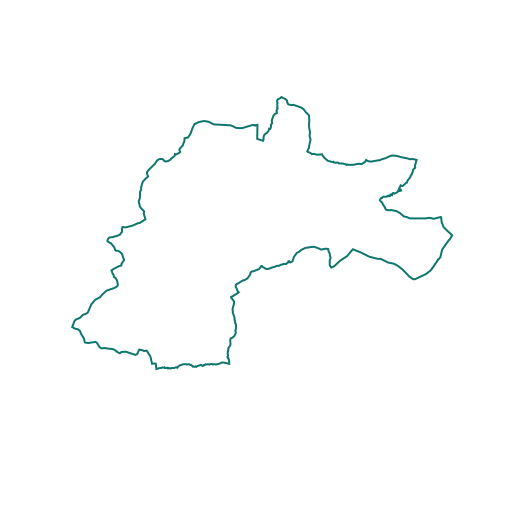 the district of Iacobeni, Sibiu, Romania, rotated 313°
{"feature_id": "2599482B5039052337830", "entity_name": "Iacobeni", "entity_type": "district", "adm_level": 2, "iso_a3": "ROU", "parent_name": "Romania", "parent_adm1": "Sibiu", "projection": "mercator", "projection_center": [24.761, 46.032], "detail": "fine", "context": "isolated", "style": "outline", "palette": "teal", "viewbox_px": 512, "rotation_deg": 313, "n_neighbors": 0, "source": "geoboundaries", "source_scale": "gbopen_adm2", "svg_char_len": 6136}
<svg xmlns="http://www.w3.org/2000/svg" viewBox="0 0 512 512"><g transform="rotate(313 256 256)"><path d="M347.2,388.0L358.6,392.6L364.1,393.5L365.7,393.5L376.4,391.9L377.6,391.4L378.4,391.8L380.9,391.6L387.6,387.8L398.2,386.3L400.9,386.3L405.0,385.3L404.9,378.4L405.1,373.3L407.6,368.4L410.4,365.2L410.6,364.6L404.2,360.4L403.3,358.5L401.6,356.2L399.4,354.6L392.5,347.3L388.6,343.0L388.0,341.9L387.3,339.6L385.8,337.2L385.6,332.2L384.7,328.4L382.3,324.2L379.4,321.2L378.5,319.2L379.6,316.8L380.2,313.8L381.1,311.8L381.0,309.9L381.4,308.4L383.8,308.0L384.5,308.6L385.3,308.3L386.3,308.7L387.7,310.4L388.9,311.3L390.2,311.4L390.3,312.3L391.0,313.1L391.6,313.1L391.9,312.6L392.6,312.4L393.3,313.9L394.4,313.2L395.3,313.2L395.7,313.5L395.7,314.5L398.1,315.5L400.5,316.0L402.8,317.5L403.3,316.5L401.5,315.2L406.3,313.6L406.6,314.7L407.3,315.5L411.9,315.9L412.4,316.3L415.0,315.3L418.9,315.1L420.6,314.2L421.5,314.4L422.8,313.7L424.1,313.4L426.4,312.1L429.2,312.2L430.1,310.9L435.8,307.9L434.1,304.8L431.6,302.4L430.8,300.5L427.5,295.1L425.4,291.1L423.9,288.9L421.9,286.7L419.8,285.6L415.8,284.0L412.2,281.8L410.2,281.1L409.9,280.6L403.2,275.5L401.7,273.0L401.3,271.0L399.2,271.6L395.4,270.7L393.3,268.0L389.3,265.2L385.5,261.2L385.1,260.2L384.4,260.1L383.9,258.3L382.4,255.9L380.2,253.4L380.2,252.1L378.7,250.9L377.8,249.5L377.7,248.5L377.3,248.6L374.6,243.7L374.4,239.3L374.7,236.7L375.4,235.0L371.6,231.4L370.4,228.9L368.7,227.5L368.4,225.3L367.5,223.0L367.5,222.1L371.3,220.9L374.3,218.8L378.4,216.5L380.4,213.2L383.3,211.2L384.5,209.4L387.7,205.6L391.9,202.2L393.1,200.7L394.3,199.7L395.1,198.4L395.1,194.5L395.8,190.8L395.4,187.7L392.0,180.1L390.8,179.4L389.0,176.4L389.0,175.5L389.4,174.7L390.3,173.1L390.8,172.7L390.9,171.4L390.8,170.2L389.7,167.2L389.6,166.2L387.5,166.0L385.8,165.2L384.3,165.3L383.0,166.4L382.6,167.4L381.0,168.5L379.5,170.2L378.8,170.3L378.8,170.8L378.4,171.3L376.5,171.7L375.3,173.3L374.6,173.8L373.1,173.0L370.4,173.1L366.3,174.9L365.3,175.7L364.2,177.2L362.4,177.4L360.7,178.8L359.0,179.7L358.3,179.7L358.0,178.8L355.7,179.9L353.5,180.0L351.7,179.5L349.8,179.6L348.1,180.4L346.3,182.1L345.0,182.5L342.5,177.0L352.9,167.6L351.2,166.3L350.8,166.4L350.7,165.7L350.2,165.4L349.7,164.3L349.1,163.9L340.0,158.6L337.0,155.3L335.9,153.5L335.3,151.0L334.1,148.1L323.5,135.4L322.0,130.1L319.6,126.3L317.6,124.7L314.5,122.6L310.6,121.1L306.1,122.4L300.5,124.8L296.6,125.4L296.2,125.4L293.5,123.4L291.0,125.4L287.9,126.5L287.2,127.0L282.3,127.1L281.2,127.8L280.4,129.6L279.6,129.7L275.8,128.3L275.3,127.2L274.3,128.0L273.0,128.2L270.4,127.6L267.6,127.6L265.3,126.9L263.3,125.2L263.0,124.0L263.3,122.1L262.7,120.9L260.7,119.1L258.5,118.5L254.7,119.2L245.6,118.8L243.0,119.1L242.0,120.0L240.5,122.9L237.5,122.5L233.0,122.6L228.0,125.0L226.1,126.9L224.1,127.3L219.0,131.7L216.6,132.6L215.1,133.9L214.6,135.1L213.0,137.3L212.5,139.6L212.4,143.6L210.3,145.2L207.5,150.1L200.8,148.4L199.3,147.2L194.2,145.1L188.1,141.2L186.1,138.6L184.4,139.5L182.4,141.5L180.3,141.6L179.0,142.0L175.5,140.5L173.4,138.9L172.3,138.5L169.6,136.2L168.2,136.1L166.5,136.5L165.6,137.1L165.5,137.5L166.0,140.3L166.4,141.2L165.7,146.2L164.3,149.3L164.3,149.9L165.6,151.4L166.0,152.7L166.3,156.0L165.4,158.0L163.7,161.0L163.5,161.8L162.7,162.4L159.1,162.8L158.0,163.3L157.5,163.9L157.0,163.9L154.9,162.6L150.0,160.9L147.0,160.1L145.4,163.0L145.3,163.9L144.9,165.0L143.8,166.3L144.1,168.5L143.1,171.5L140.8,174.5L140.1,175.0L138.0,174.9L135.8,174.1L128.7,170.3L123.4,169.9L119.4,170.0L114.1,168.2L108.3,168.6L99.7,171.6L96.9,170.7L95.0,169.5L90.7,169.4L86.2,167.5L84.6,167.6L78.7,170.0L79.4,173.1L81.0,175.9L81.1,177.9L80.8,179.2L79.9,180.7L78.2,186.7L76.4,189.1L76.2,190.1L78.0,192.7L83.7,197.2L83.9,197.8L83.9,199.4L82.9,202.5L82.6,204.0L83.1,206.0L85.6,208.2L86.9,210.3L90.2,214.6L91.0,217.0L91.2,220.0L92.0,222.8L94.0,223.0L97.2,226.0L101.4,235.2L102.6,235.8L104.5,235.7L107.0,234.6L108.0,234.5L108.8,236.0L109.2,236.2L110.2,239.1L112.1,240.3L112.2,240.8L110.7,246.7L109.4,249.1L108.6,250.0L106.3,253.5L107.4,254.3L108.9,256.1L105.4,260.2L108.5,262.1L109.3,263.0L110.5,263.4L111.7,265.1L112.1,265.1L112.0,266.0L112.9,266.5L113.4,267.7L114.2,267.7L114.4,268.2L114.1,268.6L115.4,269.8L115.4,270.2L116.8,270.9L118.1,272.5L119.2,272.8L120.5,274.0L120.5,274.6L121.0,274.7L121.3,274.3L124.1,274.9L127.4,276.8L129.1,278.6L129.2,279.1L131.4,281.1L131.5,282.3L132.0,282.7L132.0,284.1L132.4,284.6L132.1,285.5L132.9,286.4L133.8,286.9L134.1,287.9L135.1,288.0L138.6,289.9L139.2,291.1L139.0,291.7L139.6,292.2L140.6,292.5L140.9,292.3L141.9,293.0L142.4,292.9L142.7,293.6L144.1,294.7L144.6,295.8L146.1,296.5L147.1,297.6L147.1,298.2L148.6,299.5L149.2,300.6L152.2,302.6L155.2,304.0L156.4,305.6L158.9,310.0L160.9,308.0L161.9,306.5L162.0,305.5L162.7,305.2L162.7,303.9L164.1,303.5L165.1,302.0L167.1,300.6L167.2,300.2L168.6,299.8L169.5,298.7L173.1,298.1L174.0,297.6L176.7,294.7L178.4,293.6L179.9,294.4L182.5,294.8L185.2,294.0L186.5,293.3L187.1,292.0L189.3,290.8L191.0,289.4L192.2,288.2L193.0,286.1L194.3,284.9L194.7,283.7L195.5,283.2L196.7,281.6L198.7,277.7L200.3,276.2L200.9,275.2L205.6,272.7L207.7,271.1L208.1,269.9L208.3,268.0L208.6,267.3L208.5,266.4L209.1,265.7L211.9,266.8L217.6,268.1L217.5,267.6L217.9,266.4L220.0,261.7L220.9,261.1L222.4,260.9L223.1,261.4L229.3,263.1L230.3,264.0L233.7,265.0L238.3,264.4L240.3,263.3L241.8,263.5L243.3,264.6L248.6,267.2L252.3,266.7L252.7,267.2L252.5,268.5L253.0,269.7L253.1,271.3L253.5,272.3L255.0,273.9L258.6,275.6L261.2,277.3L262.2,277.5L263.7,278.5L264.1,279.2L264.8,279.6L266.6,280.1L268.0,281.3L269.1,281.6L269.1,281.9L270.9,283.6L272.0,283.5L273.0,283.9L274.0,283.4L274.2,283.9L274.8,283.9L274.5,285.2L274.7,285.5L276.9,286.3L281.3,284.3L286.2,283.8L288.0,284.5L291.4,285.0L295.6,286.6L301.6,291.4L302.5,292.5L304.3,296.6L305.1,299.3L308.7,301.8L310.3,304.0L308.9,305.9L308.1,308.2L306.5,310.1L305.6,311.8L303.4,312.7L300.1,315.6L299.4,316.7L298.9,319.0L302.1,320.2L309.9,320.7L318.0,322.7L326.9,322.2L329.9,329.7L332.8,339.5L337.1,347.2L338.9,349.1L341.4,357.2L344.1,361.6L344.6,362.8L345.6,366.9L346.0,372.0L345.9,377.0L345.5,382.3L346.2,386.7L346.6,386.9L347.2,388.0Z" fill="none" stroke="#0f766e" stroke-width="2"/></g></svg>